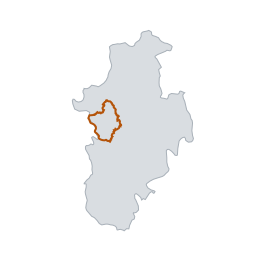 location of Branicevski within Republic of Serbia, rotated 222°
{"feature_id": "SRB-279", "entity_name": "Branicevski", "entity_type": "District", "adm_level": 1, "iso_a3": "SRB", "parent_name": "Republic of Serbia", "parent_adm1": "", "projection": "mercator", "projection_center": [21.622, 44.446], "detail": "fine", "context": "in_parent", "style": "outline", "palette": "amber", "viewbox_px": 256, "rotation_deg": 222, "n_neighbors": 0, "source": "natural_earth", "source_scale": "10m", "svg_char_len": 7378}
<svg xmlns="http://www.w3.org/2000/svg" viewBox="0 0 256 256"><g transform="rotate(222 128 128)"><path d="M142.9,100.8L148.3,102.5L150.7,104.1L152.0,106.2L155.4,107.6L161.0,108.3L164.8,110.4L167.0,114.0L170.6,113.1L175.5,107.8L180.3,106.4L185.1,109.0L187.7,111.1L188.1,112.7L187.0,113.4L184.4,113.1L182.2,114.1L180.5,116.4L180.2,118.9L181.4,121.6L183.1,123.4L185.3,124.4L186.5,125.8L186.6,127.5L187.2,128.0L185.9,128.8L184.6,130.0L183.8,132.1L183.6,135.5L179.4,138.1L177.8,138.6L177.1,140.3L176.0,145.2L176.1,148.9L176.7,150.8L177.0,152.3L178.3,154.2L179.6,157.1L180.4,160.9L182.2,163.8L186.9,166.7L189.2,168.3L190.9,170.8L192.3,172.9L196.1,175.9L195.8,177.9L195.0,180.0L194.1,180.9L192.2,183.5L190.3,185.0L187.2,189.5L182.3,189.8L181.2,190.2L179.3,191.4L178.4,193.7L179.3,195.5L179.2,197.4L178.3,201.0L179.5,204.8L181.2,206.6L181.5,207.6L181.2,209.4L178.6,213.0L177.9,214.4L175.3,215.0L174.4,214.7L173.1,213.4L171.8,213.1L168.8,214.5L165.7,215.5L163.2,214.8L160.8,214.7L159.1,215.3L157.9,215.5L155.4,217.1L151.4,218.2L149.6,218.0L148.9,216.5L148.1,214.4L148.5,213.4L151.1,211.8L151.4,210.2L155.1,202.5L155.8,200.0L155.8,199.2L154.9,198.6L152.8,198.6L143.9,195.5L144.3,191.9L141.7,190.0L138.8,188.2L138.4,186.3L135.2,182.4L132.9,180.2L130.0,179.1L127.4,177.5L125.9,176.5L125.2,174.7L125.2,173.6L124.5,172.5L123.2,172.7L121.2,174.1L118.6,175.4L118.2,176.3L119.1,178.5L119.8,179.8L119.5,181.1L118.7,182.8L113.7,186.4L113.2,187.7L114.1,189.8L113.5,190.7L109.4,192.1L109.6,190.9L109.3,189.1L106.9,187.2L103.6,185.7L96.3,180.6L93.4,180.0L90.9,179.4L87.3,176.9L85.4,176.5L83.3,174.8L78.8,168.8L75.0,165.6L72.4,164.0L71.6,162.4L71.5,160.8L71.6,160.2L73.6,157.9L75.1,157.6L77.0,157.5L78.3,158.7L80.0,158.9L81.0,157.4L81.5,155.2L81.3,152.5L77.2,146.0L73.6,141.5L73.2,140.5L74.0,139.7L75.2,139.2L76.5,139.6L80.0,139.9L83.3,139.5L84.4,138.4L84.4,136.9L83.2,135.6L79.3,131.9L76.3,128.6L72.8,126.1L70.2,125.1L69.4,123.8L69.1,122.4L69.4,119.9L69.5,116.7L70.2,114.7L72.5,110.9L74.8,106.9L76.2,103.0L76.9,99.3L76.7,98.3L75.5,97.5L73.0,96.8L69.5,97.4L66.6,98.8L65.4,98.9L65.0,97.2L65.5,96.5L66.4,96.6L67.2,96.9L68.0,96.2L68.5,94.0L67.3,86.4L69.5,85.7L69.5,84.6L69.7,83.6L72.0,84.9L75.2,85.0L78.0,84.7L78.4,84.0L78.4,82.9L77.8,82.0L76.8,81.3L76.1,80.3L74.2,79.8L68.2,77.0L65.3,74.1L65.4,71.0L66.3,69.3L67.3,68.7L67.0,68.1L63.7,66.7L62.5,64.6L63.4,62.1L61.7,56.8L59.9,53.6L61.7,52.2L61.9,50.2L62.1,49.0L62.8,49.0L65.7,47.7L66.7,46.6L67.4,45.3L68.1,45.0L70.0,46.4L72.0,46.5L74.3,45.7L76.1,44.4L78.1,43.4L79.1,42.7L80.2,41.7L82.7,38.4L85.4,37.8L89.0,38.6L93.0,38.9L95.9,38.1L103.4,39.1L105.0,39.8L106.1,40.6L108.0,43.4L109.9,47.0L112.5,48.6L115.6,50.6L117.2,52.0L119.6,56.2L121.5,58.3L122.1,58.2L122.7,57.7L123.1,57.2L123.6,57.6L123.6,58.9L123.8,61.8L123.3,64.8L124.0,67.7L124.0,68.6L123.5,69.4L123.6,70.1L124.2,70.9L126.8,72.8L129.1,75.7L131.8,77.8L134.3,79.1L135.9,79.2L138.5,81.5L143.6,83.2L145.2,83.8L146.4,84.8L147.2,85.9L147.2,87.1L146.4,87.7L145.3,89.3L144.9,91.2L144.1,91.7L143.2,91.8L142.7,92.4L142.8,93.2L143.5,94.0L144.5,94.7L146.6,95.5L148.6,96.5L148.6,97.4L148.1,98.3L145.6,98.7L143.7,98.8L142.8,99.2L142.9,100.8Z" fill="#d9dde1" stroke="#a8b0b8" stroke-width="1"/><path d="M142.9,100.8L143.5,101.3L144.1,102.5L144.6,102.8L147.4,103.1L149.4,102.9L150.1,103.1L150.6,103.6L150.9,104.4L151.1,105.2L151.4,106.1L152.6,107.3L154.2,107.8L155.9,107.8L157.4,107.4L158.6,106.9L159.2,106.8L159.7,106.9L162.7,108.4L163.8,108.6L164.1,108.9L165.0,111.2L165.1,111.8L164.5,112.2L163.6,113.2L163.2,113.6L163.0,113.8L162.7,114.2L162.6,114.3L162.5,114.5L162.5,114.8L162.4,114.9L162.3,115.0L162.1,115.0L161.9,115.0L161.7,115.2L161.6,115.3L161.8,115.5L161.8,115.8L161.8,116.0L161.8,116.3L161.6,116.5L161.6,116.8L161.5,117.1L161.4,117.2L161.3,117.4L161.3,117.5L161.2,117.5L161.2,117.8L161.4,118.3L161.4,118.5L161.5,118.6L161.4,118.8L161.3,119.2L161.3,119.3L161.2,119.3L160.8,119.4L160.7,119.4L160.4,119.3L160.2,119.4L159.9,119.6L159.8,119.8L159.7,119.9L159.7,120.0L159.3,120.6L159.2,120.7L159.2,120.8L158.9,120.8L158.6,120.6L158.4,120.6L158.1,120.7L158.1,120.8L158.0,121.0L158.0,121.6L157.9,121.7L157.9,121.8L157.8,122.0L157.7,122.0L157.4,122.2L157.3,122.3L157.2,122.5L157.2,122.8L157.2,123.1L157.3,123.3L157.7,123.7L157.7,123.8L157.8,123.9L157.8,124.0L157.6,124.4L157.6,124.5L157.8,125.0L157.9,125.3L158.3,125.2L158.7,125.0L158.8,125.0L159.0,125.0L159.4,125.3L159.5,125.3L159.9,125.4L160.0,125.5L160.3,125.9L160.4,126.0L160.5,126.2L160.5,126.3L160.5,126.6L160.6,127.0L160.5,127.3L160.5,127.5L160.6,127.8L160.6,128.1L160.5,128.4L160.5,128.6L160.6,128.8L160.8,129.0L161.0,129.2L161.1,129.3L161.3,129.3L161.4,129.2L161.5,129.1L161.8,128.8L161.8,128.7L162.0,128.6L162.3,128.5L162.5,128.6L162.5,128.8L162.4,129.1L162.3,129.3L162.4,129.5L162.5,129.8L162.6,130.0L162.6,130.3L162.5,130.6L162.5,130.8L162.5,131.2L162.5,131.5L162.6,131.8L162.5,132.0L162.4,132.1L162.2,132.3L162.1,132.5L162.2,132.8L162.3,133.2L162.3,133.3L162.4,133.5L162.6,133.7L162.7,133.8L162.6,134.0L162.4,134.3L162.3,134.5L162.2,134.5L161.7,134.6L161.1,134.5L160.8,134.6L160.6,134.7L160.4,134.8L160.2,134.9L160.0,135.0L159.7,135.3L159.4,135.6L159.2,135.8L158.9,135.8L158.6,135.8L158.2,135.9L157.7,135.8L157.3,135.5L157.2,135.5L156.7,135.7L156.3,135.7L156.1,135.6L155.9,135.4L155.7,135.2L155.5,134.9L155.4,134.9L154.9,134.8L154.7,134.8L154.5,135.0L154.3,135.1L154.2,135.1L153.9,135.1L153.7,135.1L153.4,135.0L153.4,134.9L153.2,134.8L153.2,134.7L153.1,134.4L152.7,134.0L152.6,133.9L152.4,133.8L152.2,133.8L152.0,133.7L151.7,133.8L151.4,133.8L151.1,133.7L150.9,133.6L150.7,133.7L150.5,133.8L150.4,133.8L150.2,133.7L149.8,133.6L149.6,133.5L149.4,133.5L149.3,133.4L149.2,133.3L149.2,133.1L149.1,132.8L149.0,132.5L148.9,132.4L148.6,132.2L148.3,131.8L148.2,131.7L147.9,131.5L147.5,131.1L147.3,130.8L147.1,130.6L146.9,130.7L146.7,130.7L146.5,130.8L146.4,130.7L146.1,130.6L145.8,130.2L145.7,130.2L145.4,130.0L144.7,130.1L144.4,130.1L144.2,130.3L144.1,130.5L143.5,130.6L143.2,130.7L142.9,130.6L142.7,130.5L142.7,130.4L142.9,130.0L142.9,129.9L143.0,129.6L143.2,129.4L143.2,129.2L142.9,129.0L142.7,128.9L142.4,128.8L142.3,128.5L142.1,128.3L142.0,128.2L142.1,127.8L142.1,127.7L141.9,127.4L141.8,127.2L141.4,126.9L140.7,126.3L140.5,126.7L140.4,126.9L140.4,127.0L140.3,127.4L140.2,127.5L139.9,128.0L139.7,128.0L139.4,127.8L139.1,127.8L138.8,127.7L138.7,127.7L138.3,127.4L138.2,127.2L138.1,126.8L138.0,126.7L137.6,126.4L137.3,126.2L137.2,126.1L136.8,126.0L136.7,126.0L136.5,125.9L136.4,125.8L136.2,125.7L135.9,125.7L135.4,125.8L135.0,125.5L135.0,125.2L135.2,124.9L135.0,124.6L135.6,124.6L135.8,124.4L135.7,124.0L135.2,123.7L135.4,123.1L135.2,122.8L134.9,122.6L134.8,122.4L134.7,121.9L134.7,121.6L134.8,121.4L135.0,120.8L135.1,120.1L135.4,119.4L135.8,118.9L136.8,118.9L136.7,118.6L136.5,118.3L136.2,118.1L135.9,118.0L136.1,117.0L136.4,117.2L136.5,117.2L136.8,117.0L136.6,116.9L136.4,116.8L136.1,116.7L136.3,116.0L136.3,115.7L136.1,115.7L135.9,115.9L135.7,115.5L135.5,114.9L135.0,114.8L135.0,114.5L135.4,114.0L135.7,113.6L135.7,113.0L135.4,112.3L135.2,111.7L134.9,111.4L134.5,111.3L133.8,111.3L133.9,110.4L133.2,109.3L133.6,108.8L133.5,108.5L133.0,108.1L132.7,107.9L132.8,107.6L132.9,107.1L133.0,106.9L132.6,106.8L132.4,106.6L132.3,106.2L132.2,105.7L133.6,105.5L134.4,104.8L134.7,104.6L135.2,104.6L136.0,104.7L136.4,104.5L136.7,104.1L136.9,103.5L137.2,103.1L138.4,102.2L139.9,101.4L141.5,100.9L142.9,100.8Z" fill="none" stroke="#b45309" stroke-width="2"/></g></svg>